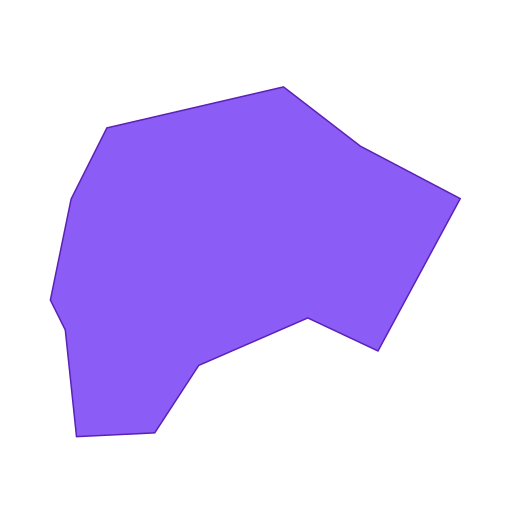 SVG path tracing the border of Mandaluyong City, rotated 174°
{"feature_id": "PHL-5542", "entity_name": "Mandaluyong City", "entity_type": "Province", "adm_level": 1, "iso_a3": "PHL", "parent_name": "Philippines", "parent_adm1": "", "projection": "robinson", "projection_center": [121.054, 14.578], "detail": "fine", "context": "isolated", "style": "filled", "palette": "violet", "viewbox_px": 512, "rotation_deg": 174, "n_neighbors": 0, "source": "natural_earth", "source_scale": "10m", "svg_char_len": 324}
<svg xmlns="http://www.w3.org/2000/svg" viewBox="0 0 512 512"><g transform="rotate(174 256 256)"><path d="M211.0,421.3L140.7,354.3L46.9,291.7L144.6,148.8L211.0,189.0L324.4,153.2L375.2,90.7L453.4,95.1L453.4,202.4L465.1,233.7L433.9,332.0L390.9,399.0L211.0,421.3Z" fill="#8b5cf6" stroke="#5b21b6" stroke-width="1.5"/></g></svg>